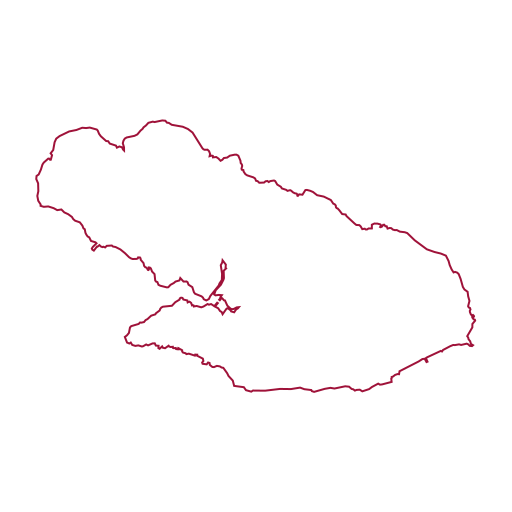 Maap, Federated States of Micronesia (orthographic projection), rotated 84°
{"feature_id": "79324940B26279629748947", "entity_name": "Maap", "entity_type": "district", "adm_level": 2, "iso_a3": "FSM", "parent_name": "Federated States of Micronesia", "parent_adm1": "", "projection": "orthographic", "projection_center": [138.163, 9.592], "detail": "fine", "context": "isolated", "style": "outline", "palette": "rose", "viewbox_px": 512, "rotation_deg": 84, "n_neighbors": 0, "source": "geoboundaries", "source_scale": "gbopen_adm2", "svg_char_len": 6105}
<svg xmlns="http://www.w3.org/2000/svg" viewBox="0 0 512 512"><g transform="rotate(84 256 256)"><path d="M398.4,154.4L395.7,147.8L396.9,146.2L396.9,144.1L395.4,134.3L392.1,134.3L391.6,133.8L390.5,133.7L390.2,132.3L388.8,130.1L388.2,127.5L388.5,126.1L385.6,125.3L377.9,105.3L375.9,101.3L375.8,99.0L379.3,97.5L379.0,96.5L375.3,97.7L374.7,96.6L369.7,82.1L370.4,81.0L369.0,79.8L366.0,72.3L365.1,69.2L365.4,67.5L365.1,63.3L365.9,61.3L365.2,55.6L366.1,54.1L367.7,52.8L368.2,50.6L367.4,49.5L366.0,51.4L363.2,51.9L361.0,53.3L359.3,53.5L357.8,54.3L349.6,48.3L346.2,47.9L343.2,44.8L342.2,45.0L341.7,46.2L339.8,47.3L339.2,47.3L339.5,46.1L338.9,45.5L338.2,45.6L337.3,46.4L337.7,47.5L336.6,48.4L334.2,49.1L332.9,49.1L331.6,48.3L330.1,48.6L329.4,49.8L328.1,50.3L323.0,48.4L318.3,49.2L313.7,49.3L311.1,52.2L308.4,53.5L300.2,54.9L295.2,56.3L293.6,57.6L292.6,59.7L293.0,61.2L289.9,62.8L285.3,64.3L281.1,65.0L275.5,67.1L272.9,71.9L270.7,78.0L267.2,85.4L257.0,96.5L249.0,103.2L247.9,105.6L246.8,110.4L244.9,113.3L244.8,115.2L244.0,117.2L242.5,118.5L242.1,120.1L242.5,122.3L240.1,122.9L240.0,124.2L238.3,125.2L238.3,126.3L239.8,127.4L240.4,129.0L240.1,129.5L238.6,128.4L237.6,129.0L236.5,131.8L236.1,134.9L237.0,137.5L240.7,137.9L240.4,141.2L241.2,142.8L241.1,144.1L240.2,145.0L240.4,147.5L237.5,148.8L236.1,150.0L235.6,153.0L234.0,154.6L225.8,161.8L224.1,162.5L223.3,165.9L219.2,168.4L217.3,169.8L216.8,170.8L215.8,171.4L214.1,171.4L212.8,172.3L212.0,173.7L208.2,175.7L204.0,182.4L201.9,188.9L198.3,192.6L196.8,195.3L195.6,198.5L195.6,200.0L199.9,203.4L199.2,206.6L200.6,208.1L200.3,208.6L199.1,208.5L198.2,209.1L197.7,210.8L196.6,212.5L194.7,214.2L194.1,215.2L194.5,217.9L193.4,219.0L191.5,223.2L189.7,224.1L187.2,227.4L183.5,229.1L182.8,230.2L183.0,234.0L183.8,235.6L182.6,236.8L182.7,238.7L183.8,240.3L183.5,245.1L181.7,246.6L181.2,248.1L178.8,248.8L177.5,250.4L174.9,256.3L173.5,258.0L170.7,259.5L169.2,259.6L168.7,261.1L167.6,261.3L165.0,260.3L163.5,260.5L161.9,261.5L159.6,261.5L154.4,263.1L153.2,264.8L153.0,266.6L153.5,271.5L155.1,274.4L155.2,277.7L156.8,279.4L157.6,281.3L155.1,283.2L153.4,285.2L153.4,288.5L151.9,288.5L151.5,289.6L151.9,291.7L149.7,291.0L146.9,291.7L145.2,293.1L145.0,295.9L144.4,297.1L143.3,298.0L126.6,306.2L122.6,310.4L119.8,315.3L116.7,326.1L114.5,328.8L114.1,330.6L112.0,332.0L111.4,335.0L112.2,342.9L111.6,344.6L112.3,349.1L114.7,351.8L116.3,354.4L117.7,355.5L119.2,357.7L122.7,361.3L123.8,364.3L124.6,372.2L125.5,374.2L127.4,375.7L129.9,376.7L134.1,375.9L137.3,376.2L136.2,377.1L133.9,377.9L132.8,380.4L133.7,383.0L131.6,383.7L128.9,389.7L126.4,391.0L126.0,393.0L120.7,397.8L118.1,399.3L114.7,400.3L113.6,401.1L110.9,407.9L111.0,411.6L110.3,415.4L111.9,421.4L112.6,428.8L116.2,438.8L118.4,442.4L121.8,444.4L129.4,446.6L132.4,449.5L134.4,448.3L138.8,450.0L138.8,450.7L137.5,451.6L137.4,452.4L140.9,457.3L142.7,458.8L147.6,460.9L152.2,463.6L153.5,465.9L156.5,466.5L160.9,465.1L168.8,465.7L173.4,467.2L178.3,466.8L182.2,464.8L183.6,465.0L184.9,461.9L185.0,457.4L187.3,452.2L189.6,448.9L189.4,444.7L192.6,442.1L194.8,438.4L197.9,435.0L200.2,433.9L202.0,432.2L204.1,427.7L207.6,425.5L210.5,424.7L211.5,423.5L215.1,423.2L217.0,422.5L219.0,421.4L220.0,419.9L223.8,418.5L225.6,414.2L226.7,413.3L229.9,417.3L231.4,418.5L232.6,418.1L233.7,416.7L230.0,413.2L230.2,412.7L228.8,410.6L230.4,409.2L231.1,407.8L230.8,406.9L231.7,405.1L230.3,403.4L230.5,398.3L231.6,397.3L232.4,394.7L235.3,390.2L239.4,386.1L244.0,382.3L245.4,380.5L246.1,379.0L246.4,375.0L246.0,373.8L245.1,373.4L245.3,371.6L246.2,371.1L247.8,371.0L251.3,368.6L254.1,368.3L255.6,367.3L256.2,366.0L258.5,365.0L258.7,364.4L257.9,363.8L256.2,363.7L256.4,362.8L257.3,361.9L260.6,361.0L263.4,358.8L269.8,358.8L271.0,358.1L271.6,356.8L274.5,356.0L275.6,354.2L277.9,347.9L277.9,346.5L275.7,344.0L274.3,340.6L273.0,338.7L272.3,334.7L270.0,333.6L273.8,330.8L274.1,327.7L274.9,326.8L277.5,326.1L280.3,322.6L285.6,321.5L287.2,320.5L290.4,314.4L291.8,313.1L293.5,312.5L295.0,310.1L293.9,307.4L291.0,305.6L281.4,296.1L279.5,295.2L276.3,292.5L270.2,291.6L261.5,292.0L258.8,290.2L256.8,289.7L261.4,286.9L264.5,287.5L265.2,287.0L267.3,289.7L274.6,290.2L276.1,290.8L280.9,293.9L285.9,299.7L289.9,301.6L290.9,300.4L290.8,297.1L291.4,294.1L293.2,295.7L293.7,295.3L295.6,297.2L296.2,296.6L294.2,294.6L294.5,294.0L296.7,292.5L297.0,291.5L302.4,289.7L305.6,286.9L306.4,285.6L306.3,283.6L305.1,280.6L305.1,278.4L306.2,279.5L307.0,281.3L309.7,283.6L308.5,286.5L307.3,287.0L305.5,288.9L305.0,290.1L305.6,291.1L310.4,295.3L308.1,296.0L307.0,297.5L304.0,299.1L302.0,302.1L298.9,298.9L298.4,299.5L301.5,302.7L299.1,305.7L299.5,307.9L298.7,309.2L300.8,313.6L301.3,315.8L299.5,320.3L299.7,323.1L298.7,323.2L298.2,324.1L298.4,324.8L295.9,325.4L294.9,326.4L294.4,327.2L295.0,328.8L293.0,329.0L291.7,332.8L290.0,333.5L289.6,334.9L290.2,336.2L291.4,336.6L293.5,341.1L296.7,344.8L296.7,353.9L297.4,355.6L298.6,356.8L300.1,357.5L302.5,361.5L303.5,362.2L304.4,366.5L307.4,370.5L308.2,372.5L310.0,374.3L310.3,377.0L310.0,378.3L311.3,379.8L312.7,387.4L313.9,388.8L319.2,390.4L321.4,392.6L322.8,394.9L328.6,393.3L329.8,391.1L329.0,389.6L331.5,388.4L332.8,385.4L332.6,382.4L334.1,378.9L333.9,377.6L332.5,374.5L333.6,372.7L332.1,367.9L332.3,365.8L334.6,365.0L335.1,362.3L337.4,362.7L338.2,361.6L336.1,358.8L337.5,358.2L338.2,356.1L336.1,352.3L336.9,351.9L337.6,350.4L337.6,348.2L338.7,348.2L339.1,347.4L339.1,345.4L340.2,345.2L340.6,343.6L339.4,343.0L339.8,342.3L340.7,342.1L340.7,341.1L342.0,339.3L343.3,339.4L344.4,338.7L345.4,336.1L346.3,335.5L346.1,333.0L348.7,327.2L347.7,326.8L348.0,324.8L349.0,325.0L352.5,319.6L354.9,319.3L356.3,320.7L357.6,320.4L358.6,316.4L356.9,314.8L357.5,313.4L359.5,313.3L361.8,311.0L362.1,309.4L361.2,306.4L362.0,303.5L363.3,301.9L363.8,300.2L369.6,296.9L372.4,295.9L377.5,292.1L382.9,291.3L385.2,281.8L388.4,280.0L390.4,274.9L389.5,273.1L390.9,261.1L390.7,246.1L392.0,235.1L391.5,225.9L393.5,221.9L395.1,215.0L396.2,214.6L397.2,212.4L395.3,201.5L394.9,195.8L396.0,191.8L394.9,180.9L395.7,177.1L398.2,174.8L398.8,173.1L400.2,171.7L399.7,170.1L399.8,166.8L401.7,164.4L400.2,157.4L398.4,154.4Z" fill="none" stroke="#9f1239" stroke-width="2"/></g></svg>